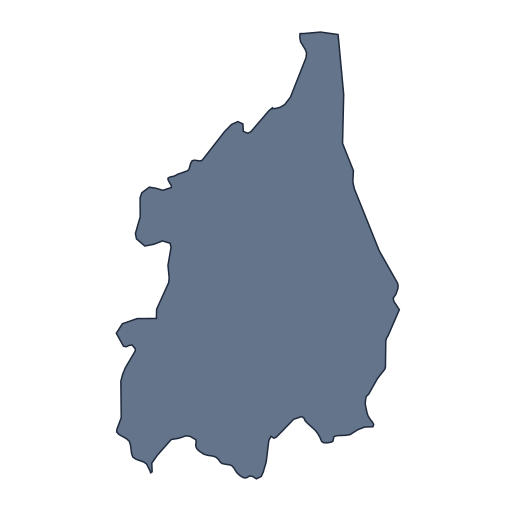 SVG path tracing the border of Saarland, rotated 89°
{"feature_id": "DEU-1581", "entity_name": "Saarland", "entity_type": "State", "adm_level": 1, "iso_a3": "DEU", "parent_name": "Germany", "parent_adm1": "", "projection": "natural_earth1", "projection_center": [7.056, 49.367], "detail": "fine", "context": "isolated", "style": "filled", "palette": "slate", "viewbox_px": 512, "rotation_deg": 89, "n_neighbors": 0, "source": "natural_earth", "source_scale": "10m", "svg_char_len": 2545}
<svg xmlns="http://www.w3.org/2000/svg" viewBox="0 0 512 512"><g transform="rotate(89 256 256)"><path d="M34.4,208.1L34.4,204.1L33.2,187.6L36.0,170.1L39.3,169.8L96.0,165.5L144.9,167.5L172.4,157.1L182.5,157.8L184.1,157.8L190.5,156.5L253.1,132.6L285.7,114.9L288.2,114.4L291.0,114.7L296.7,116.8L300.5,119.5L303.7,119.0L312.2,113.6L338.3,125.5L340.4,126.9L343.3,127.7L369.1,128.5L371.3,129.1L380.5,136.6L396.2,145.8L397.5,147.3L398.6,148.3L401.3,148.9L405.8,149.4L413.8,147.9L417.7,146.8L421.4,144.6L423.9,142.6L426.4,141.3L427.7,141.6L428.8,142.2L428.9,150.4L431.5,157.3L436.3,165.2L436.9,170.2L437.0,177.4L437.5,180.0L438.4,181.5L440.1,181.7L441.8,182.1L442.7,182.5L443.3,183.6L443.7,185.3L444.1,189.1L443.8,191.8L442.5,193.6L438.2,195.4L434.9,197.2L431.4,199.7L423.1,208.5L421.0,210.1L419.4,210.5L417.3,213.1L420.0,221.3L430.2,231.5L437.5,238.9L438.5,241.3L438.1,241.7L437.9,242.2L437.5,242.8L436.6,244.2L440.8,246.4L462.0,249.4L472.4,252.6L476.5,254.6L478.8,259.5L476.4,263.2L476.1,264.4L475.8,266.3L477.3,268.6L477.7,270.5L477.5,272.4L475.4,275.7L473.8,277.5L472.1,279.1L467.2,282.1L465.2,283.9L464.5,285.5L463.4,291.5L462.8,293.7L461.4,295.3L458.5,297.3L457.4,298.5L456.2,300.0L455.6,301.7L455.1,303.7L454.5,307.7L453.1,311.9L450.3,315.9L449.1,317.2L448.3,318.0L447.5,318.6L446.6,319.0L445.4,319.4L443.5,319.6L442.8,319.5L442.5,319.4L442.1,319.3L441.4,319.2L440.4,319.1L438.9,319.3L438.6,319.5L437.9,320.5L435.3,324.9L434.7,327.5L434.8,330.0L436.3,334.4L437.1,337.5L437.8,342.8L438.1,344.0L453.3,358.0L461.3,363.8L469.9,363.6L470.8,364.9L470.9,365.2L469.2,365.6L462.1,369.0L460.1,371.7L457.1,379.6L454.9,382.6L451.7,383.8L443.0,384.8L439.2,385.8L436.5,388.6L432.0,396.2L429.5,398.4L426.8,398.1L415.4,393.6L378.7,393.3L372.0,391.4L365.3,388.5L349.0,378.5L346.7,378.3L342.8,381.5L343.2,384.5L344.5,387.3L343.9,390.1L330.8,397.0L321.4,390.8L316.5,375.9L316.7,356.7L307.5,356.3L280.9,343.7L276.2,343.2L263.8,344.2L246.0,340.8L241.8,341.6L239.3,349.2L242.5,358.0L244.1,367.0L236.8,375.2L231.4,376.2L214.8,371.1L195.8,370.9L190.8,369.1L185.3,361.5L186.5,354.9L188.7,348.0L186.0,339.4L184.3,339.4L178.6,342.5L176.7,342.7L175.6,340.8L174.7,336.5L174.2,335.3L172.9,333.0L169.6,322.9L167.8,321.4L161.9,319.6L159.6,318.1L159.1,315.9L160.0,310.4L159.3,308.1L131.1,285.3L124.0,278.1L121.3,271.8L123.7,266.8L131.2,266.5L133.1,262.1L131.6,258.9L111.0,240.6L108.1,237.0L108.9,236.7L108.8,233.7L107.7,229.2L105.1,224.7L97.8,218.8L58.8,202.6L54.1,201.9L50.7,203.0L42.6,207.7L38.0,208.4L34.4,208.1Z" fill="#64748b" stroke="#1e293b" stroke-width="1.5"/></g></svg>